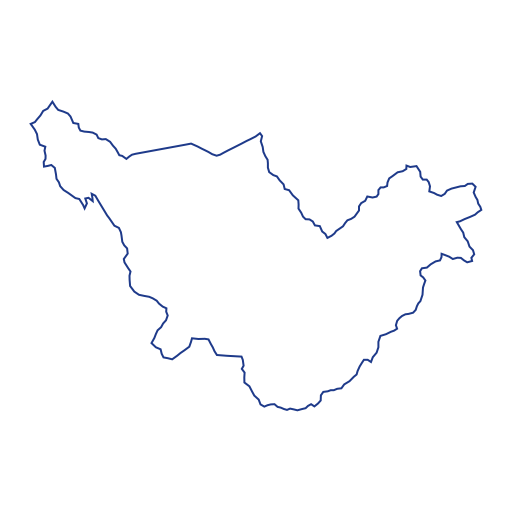 the district of Taubaté, São Paulo, Brazil
{"feature_id": "56859067B10359153481242", "entity_name": "Taubaté", "entity_type": "district", "adm_level": 2, "iso_a3": "BRA", "parent_name": "Brazil", "parent_adm1": "São Paulo", "projection": "mercator", "projection_center": [-45.499, -23.087], "detail": "fine", "context": "isolated", "style": "outline", "palette": "blue", "viewbox_px": 512, "rotation_deg": 0, "n_neighbors": 0, "source": "geoboundaries", "source_scale": "gbopen_adm2", "svg_char_len": 4009}
<svg xmlns="http://www.w3.org/2000/svg" viewBox="0 0 512 512"><path d="M151.5,343.1L155.9,347.3L160.6,349.3L161.7,353.8L163.5,357.4L167.8,358.2L172.2,359.3L177.2,355.7L180.5,353.0L184.3,350.4L189.3,346.7L191.0,341.9L192.0,338.3L198.4,339.0L204.8,338.8L208.5,339.4L210.8,343.9L212.8,347.4L214.5,351.2L216.9,355.0L227.1,355.8L241.5,356.6L242.8,359.9L243.6,365.7L241.8,368.9L244.6,372.6L244.3,377.3L244.4,382.5L249.4,386.3L252.0,391.4L254.3,395.6L258.7,399.6L260.5,404.4L264.3,406.6L267.6,405.2L270.8,404.4L274.5,404.2L277.6,406.9L280.7,407.6L283.9,409.0L287.0,409.9L290.1,408.6L293.8,409.4L297.4,410.3L302.2,409.0L305.6,408.2L308.0,405.9L311.1,404.2L314.4,406.4L318.0,403.5L320.7,400.5L320.9,395.3L323.3,391.9L327.8,391.3L330.7,390.2L333.8,390.2L337.2,388.8L341.4,388.3L344.2,384.4L349.5,381.2L353.8,376.8L356.6,374.5L357.6,371.0L359.7,366.4L361.8,363.0L363.9,359.8L367.7,359.8L371.0,362.0L372.8,357.2L376.6,352.7L378.4,347.3L378.4,341.8L380.4,335.9L386.0,334.2L391.1,331.7L394.0,330.7L397.1,328.7L395.9,325.2L397.2,320.8L399.4,318.2L402.0,316.0L405.4,314.3L408.6,313.9L413.1,312.7L415.7,309.9L416.9,306.2L418.3,303.4L420.4,301.1L422.5,294.8L423.0,287.5L424.1,284.1L425.4,280.5L423.2,277.4L420.6,275.4L420.1,271.2L421.9,268.3L426.9,267.6L430.7,264.3L435.6,261.4L440.0,260.4L441.5,257.1L441.6,253.8L444.9,255.0L449.2,256.7L452.8,259.0L457.4,257.7L460.9,257.9L464.0,260.4L467.2,262.3L472.1,261.0L471.4,257.8L474.2,254.3L473.0,250.2L469.5,246.6L467.7,241.3L464.3,237.2L463.2,232.6L461.0,229.3L458.5,225.0L456.8,222.1L460.0,221.3L464.6,219.1L470.1,216.9L475.0,214.7L477.7,212.3L481.3,209.9L480.3,206.8L478.2,203.6L477.4,199.9L475.6,196.9L473.7,192.5L475.6,186.8L472.3,183.6L467.8,183.9L464.8,186.0L460.5,186.3L456.6,187.3L451.5,188.6L447.0,190.6L444.7,193.9L441.2,196.0L437.1,194.7L434.0,193.0L429.3,191.4L430.0,186.3L428.7,182.1L426.7,179.6L422.8,179.6L420.6,176.6L420.2,171.8L416.5,166.1L410.2,167.0L406.5,165.6L406.3,169.0L402.7,171.2L397.6,172.3L392.4,176.2L389.2,178.4L387.5,182.5L387.1,186.0L383.7,187.4L380.6,187.4L378.4,190.1L378.4,194.1L376.6,196.6L372.6,197.5L367.3,196.5L365.2,200.8L361.2,203.1L359.0,206.4L359.0,210.5L354.5,216.7L351.1,218.9L347.4,220.3L345.1,223.1L343.0,226.3L336.2,231.0L334.4,233.5L331.5,235.8L327.4,237.9L325.4,234.0L322.2,231.5L319.8,226.1L314.9,225.4L312.8,221.5L309.5,219.4L305.6,219.2L303.0,216.6L301.2,212.7L298.5,208.6L298.6,204.5L298.3,200.3L292.8,195.3L289.1,190.2L284.7,189.0L283.6,184.4L279.7,180.4L276.9,176.4L273.3,175.1L269.2,172.1L267.9,167.7L267.9,163.3L267.6,159.8L265.3,156.1L263.4,151.9L262.7,147.0L260.8,141.3L262.1,136.1L260.0,133.2L255.6,136.5L250.1,139.3L246.5,141.0L241.4,143.7L233.9,147.5L228.1,150.4L223.9,152.6L220.1,154.7L216.6,155.7L212.2,154.2L208.5,152.0L205.1,150.3L201.8,148.7L197.6,146.5L191.1,143.6L185.3,144.7L135.6,153.8L132.0,154.7L129.3,156.5L126.4,158.9L122.2,155.9L119.3,155.2L117.8,152.4L115.7,148.7L112.9,145.6L110.1,141.8L105.8,139.1L101.9,139.4L98.3,138.1L96.6,134.6L92.7,132.6L89.0,132.0L84.3,131.6L80.4,130.6L78.8,127.6L78.3,123.9L73.3,123.0L70.5,116.5L67.9,113.5L63.4,111.6L58.2,109.9L55.6,106.8L52.4,101.7L47.6,108.6L43.2,110.9L40.4,115.5L37.2,119.2L34.9,122.1L30.7,123.9L34.8,129.7L37.0,134.1L37.8,139.6L39.8,144.7L45.3,146.7L44.5,150.7L45.6,155.6L45.5,158.9L43.7,162.0L44.0,166.6L47.9,165.9L51.3,165.0L54.8,167.9L56.0,174.4L56.5,178.8L58.9,182.3L60.2,186.2L63.6,190.0L68.3,193.0L70.8,194.8L75.4,198.1L79.3,199.0L81.2,202.0L83.1,205.0L84.6,208.4L86.9,203.4L85.3,198.5L88.5,197.8L92.7,201.1L92.4,197.8L91.7,193.8L95.3,195.7L98.4,201.0L105.0,211.9L107.1,215.4L109.1,218.0L112.0,222.2L114.4,225.7L118.9,227.9L120.9,232.2L121.5,235.6L122.3,241.8L124.2,245.3L127.1,248.4L127.7,253.6L123.8,259.0L124.5,262.4L128.2,268.2L130.5,271.5L129.5,275.7L129.6,279.8L130.1,286.0L134.3,291.6L139.0,294.8L144.2,295.9L149.2,296.8L152.7,298.3L156.7,300.7L159.0,303.6L162.7,306.6L166.4,308.3L166.2,311.7L167.7,315.5L166.0,320.3L163.1,323.5L161.1,327.2L157.6,330.3L155.9,334.0L154.4,337.9L151.5,343.1Z" fill="none" stroke="#1e3a8a" stroke-width="2"/></svg>